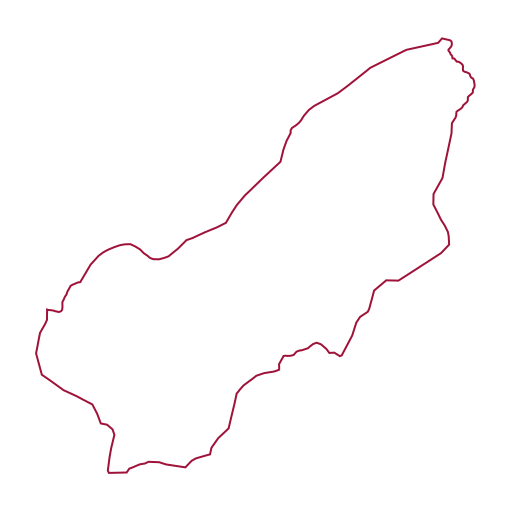 the district of Jabal Ash sharq, Dhamar, Yemen, rotated 89°
{"feature_id": "15242507B95425982092930", "entity_name": "Jabal Ash sharq", "entity_type": "district", "adm_level": 2, "iso_a3": "YEM", "parent_name": "Yemen", "parent_adm1": "Dhamar", "projection": "robinson", "projection_center": [43.902, 14.736], "detail": "fine", "context": "isolated", "style": "outline", "palette": "rose", "viewbox_px": 512, "rotation_deg": 89, "n_neighbors": 0, "source": "geoboundaries", "source_scale": "gbopen_adm2", "svg_char_len": 3692}
<svg xmlns="http://www.w3.org/2000/svg" viewBox="0 0 512 512"><g transform="rotate(89 256 256)"><path d="M248.0,62.7L239.6,63.0L235.3,63.7L228.6,66.9L223.0,70.4L216.5,73.4L207.6,77.8L197.1,77.4L181.3,68.2L168.1,65.6L166.1,65.2L161.9,64.2L136.9,58.4L126.6,57.8L125.8,57.2L124.1,56.1L123.1,55.4L122.7,55.2L121.0,54.0L118.3,53.2L117.2,53.3L115.3,53.0L114.1,51.5L112.9,49.5L111.7,47.9L110.2,46.7L108.9,46.2L107.6,44.6L106.7,43.6L105.6,42.3L104.2,41.5L102.2,41.4L100.9,41.4L99.6,40.2L98.5,38.7L97.7,37.8L96.6,36.5L95.2,36.3L93.3,36.1L91.2,34.8L89.5,34.4L87.4,34.6L86.1,34.9L84.3,35.1L82.3,36.0L81.6,37.5L80.0,38.6L78.2,39.0L77.3,39.6L75.9,42.4L75.4,44.3L74.4,45.7L72.7,45.9L70.4,45.7L68.9,45.9L67.5,47.0L66.2,48.6L65.3,50.0L65.2,51.8L62.0,54.4L61.8,56.1L61.0,56.2L59.9,56.3L59.4,56.4L57.4,58.1L56.2,58.3L54.0,60.0L52.9,59.9L51.7,58.7L50.0,57.2L48.6,56.6L46.5,56.5L44.9,56.8L43.7,58.2L41.7,66.2L46.0,70.1L46.2,70.8L52.5,102.1L60.1,118.1L69.9,138.6L72.8,142.2L79.0,150.3L82.1,154.3L83.5,156.2L86.3,159.8L87.5,161.4L94.7,171.4L106.9,195.1L110.9,200.6L116.9,205.9L121.0,208.5L123.6,210.7L125.8,213.4L128.6,217.8L130.9,219.2L133.6,219.2L140.5,222.9L141.1,223.3L149.0,226.3L149.3,226.4L150.1,226.7L162.2,229.9L169.9,238.5L177.6,247.1L186.3,256.4L191.1,261.5L195.2,266.0L195.4,266.1L195.9,266.6L196.1,266.8L203.8,273.5L204.5,274.2L205.0,274.5L212.4,279.5L219.0,283.5L222.3,285.5L226.6,294.4L231.4,306.7L232.7,309.6L233.5,311.5L237.0,319.3L238.9,325.2L247.4,334.0L249.4,336.6L250.8,338.4L254.8,343.4L256.3,347.8L257.6,352.9L257.4,358.7L256.1,362.0L253.6,364.8L251.4,368.0L247.4,371.8L244.4,376.5L242.0,381.3L242.0,383.1L242.0,386.1L242.3,388.9L242.9,392.1L244.8,397.9L246.9,403.2L248.0,405.5L249.7,408.7L253.1,413.4L256.4,416.5L261.7,421.5L264.3,423.1L266.7,424.6L269.0,426.0L273.4,428.7L274.7,429.5L274.9,429.6L277.1,431.0L278.4,431.8L279.0,432.1L279.2,433.0L279.3,434.4L281.6,440.1L282.6,441.9L285.5,443.5L288.3,445.2L291.3,446.2L293.4,447.8L295.5,448.7L297.2,449.6L298.1,450.1L299.0,450.4L299.9,450.4L301.0,450.4L302.0,450.4L303.4,450.4L305.5,450.6L306.6,450.9L307.0,451.2L307.5,451.6L308.1,452.5L308.3,453.4L308.4,453.6L308.5,454.7L308.0,456.1L307.6,458.2L307.0,459.4L306.9,460.4L306.6,461.9L306.4,464.3L305.9,465.8L306.0,465.8L309.0,465.9L312.0,466.0L316.2,466.1L320.4,468.1L328.8,473.1L329.1,473.3L331.6,473.8L334.2,474.4L342.1,476.0L349.5,477.6L371.0,472.2L374.4,467.4L377.3,463.4L386.0,451.8L386.7,451.0L387.6,449.1L393.0,437.8L396.5,431.6L401.6,422.2L411.1,417.5L420.7,414.1L422.1,407.8L426.8,402.5L432.3,400.7L445.8,404.2L454.5,405.9L467.9,407.9L470.3,406.9L470.3,404.3L470.3,401.7L470.3,401.4L470.2,389.1L466.4,386.4L465.5,383.8L462.3,375.9L461.5,370.6L459.9,367.1L460.5,356.4L462.8,349.7L466.1,330.3L459.7,324.0L457.7,320.4L457.3,319.6L456.1,315.2L454.7,310.0L453.9,306.8L453.5,305.4L453.0,305.3L448.8,304.3L447.0,303.9L442.6,300.7L440.4,299.1L437.4,296.9L430.2,288.9L427.9,286.4L414.5,283.0L404.2,280.3L393.1,277.7L390.5,275.4L389.8,274.9L388.1,273.4L385.6,271.1L385.2,270.7L384.1,269.2L381.0,264.9L379.6,262.8L375.7,257.7L373.2,249.7L372.0,241.0L371.6,239.2L371.4,238.4L370.0,234.8L368.5,234.8L364.8,234.8L364.5,234.8L356.5,230.2L356.2,228.3L356.5,225.8L356.3,222.8L355.6,220.1L354.8,219.4L352.3,217.1L351.1,213.6L351.3,212.8L350.6,210.4L349.2,206.0L349.2,205.7L348.8,205.3L347.8,204.2L345.0,200.4L344.2,198.1L343.8,196.8L345.4,192.7L345.5,192.5L350.1,187.3L354.2,184.4L354.0,179.4L357.6,173.9L356.8,172.0L337.2,161.2L328.3,158.2L324.2,156.8L318.6,152.9L315.9,148.6L314.0,145.6L313.9,145.5L313.7,145.2L311.3,144.0L309.1,143.2L307.8,142.9L303.4,141.6L302.1,141.2L299.6,140.5L292.6,138.5L282.6,126.2L283.1,114.0L256.4,71.0L248.0,62.7Z" fill="none" stroke="#9f1239" stroke-width="2"/></g></svg>